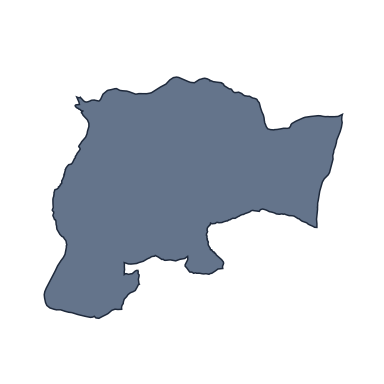 the district of Nyang'hwale, Mwanza, United Republic of Tanzania, rotated 264°
{"feature_id": "72390352B96686223722654", "entity_name": "Nyang'hwale", "entity_type": "district", "adm_level": 2, "iso_a3": "TZA", "parent_name": "United Republic of Tanzania", "parent_adm1": "Mwanza", "projection": "albers", "projection_center": [32.613, -3.178], "detail": "fine", "context": "isolated", "style": "filled", "palette": "slate", "viewbox_px": 384, "rotation_deg": 264, "n_neighbors": 0, "source": "geoboundaries", "source_scale": "gbopen_adm2", "svg_char_len": 5908}
<svg xmlns="http://www.w3.org/2000/svg" viewBox="0 0 384 384"><g transform="rotate(264 192 192)"><path d="M112.7,214.6L113.7,214.5L115.3,214.7L116.4,215.4L117.8,216.0L119.1,215.9L121.6,214.4L126.8,209.6L127.9,209.2L128.4,208.6L128.7,208.6L129.1,208.3L129.1,207.8L130.0,207.7L130.6,206.4L131.0,206.3L131.8,205.7L132.2,205.7L132.5,205.5L132.6,204.4L133.5,204.2L134.2,204.3L134.7,203.9L137.4,202.7L138.5,202.6L139.8,202.7L140.3,203.0L141.0,202.9L141.7,202.5L142.4,202.4L142.9,202.0L143.7,202.4L144.4,202.1L145.6,202.1L146.3,202.3L147.1,202.2L147.5,201.8L149.3,202.2L149.9,202.8L151.2,203.4L152.5,202.9L153.5,203.3L154.2,203.3L155.5,204.2L156.0,204.9L156.7,205.5L156.9,206.1L157.5,206.4L157.5,206.6L157.9,206.9L159.1,207.2L158.3,208.5L158.3,211.8L159.2,213.4L159.0,214.3L159.1,214.5L158.9,215.0L158.6,215.4L158.5,218.6L159.1,220.5L159.6,223.5L159.5,224.2L159.9,225.0L160.3,225.3L160.4,226.9L161.1,228.3L161.6,229.7L161.3,232.1L162.8,235.4L163.1,236.5L163.7,237.5L164.3,239.4L164.3,240.9L165.0,242.5L165.6,245.3L166.2,247.4L167.2,249.0L167.4,250.7L167.0,251.4L166.4,254.1L165.7,256.9L167.3,258.2L167.7,260.5L166.8,262.8L165.9,264.6L164.4,266.8L163.7,269.1L162.6,271.8L161.4,273.6L160.7,276.6L160.9,279.3L160.3,280.3L160.5,281.5L159.7,283.0L158.3,286.2L158.2,287.5L157.9,289.3L157.4,290.9L156.2,292.5L154.5,294.6L154.0,295.9L152.8,296.9L151.5,298.4L149.4,302.8L147.8,304.3L146.7,306.1L145.3,308.6L144.1,310.2L143.7,312.5L147.3,312.9L152.0,313.0L161.4,315.0L164.0,315.3L164.0,315.2L165.2,315.5L167.9,315.8L170.5,316.7L179.4,319.1L188.3,322.7L191.3,324.9L194.8,329.2L197.0,330.8L210.0,335.7L211.6,335.7L213.9,335.9L216.4,337.0L218.5,337.4L222.2,339.3L226.2,340.8L228.4,341.3L236.5,345.6L240.9,347.4L245.3,348.6L248.3,348.4L251.7,349.0L253.5,349.7L251.9,345.3L252.0,341.7L252.5,336.8L252.5,336.4L252.6,336.1L252.8,335.3L253.0,332.4L253.6,329.9L254.3,327.9L254.7,325.5L254.7,324.3L254.7,317.7L254.5,312.3L254.1,310.5L251.6,302.8L249.7,298.6L248.7,297.5L247.2,296.9L246.5,296.3L246.1,295.8L245.6,295.5L245.3,293.9L245.8,289.7L245.5,286.5L245.3,283.3L245.4,280.4L245.2,280.0L245.8,276.7L246.8,274.1L248.2,273.2L249.5,272.6L251.6,272.1L253.2,271.5L254.6,271.5L255.4,271.4L258.2,271.4L261.1,271.0L264.3,269.9L268.8,268.9L270.4,268.7L273.7,268.2L275.8,266.8L277.2,266.3L278.0,265.3L278.7,263.7L278.8,263.1L279.4,261.7L280.7,260.0L281.3,259.0L281.4,257.3L281.7,256.7L281.8,256.0L282.3,254.3L283.5,252.8L284.7,251.8L286.4,248.8L286.3,246.8L286.4,246.1L286.3,245.7L286.5,244.6L287.3,243.5L289.1,242.4L289.9,242.1L290.4,241.4L290.7,239.8L294.4,235.1L295.1,234.8L295.8,234.7L296.1,234.5L296.9,233.2L297.1,233.3L297.7,232.4L298.6,228.3L299.5,224.7L300.6,222.7L300.7,221.5L301.4,221.5L303.0,218.9L303.8,216.6L303.7,214.5L303.3,212.9L303.1,211.1L300.4,205.8L301.2,201.9L302.3,199.7L307.3,190.8L307.9,188.6L307.7,185.4L305.8,181.7L302.0,177.3L299.7,171.6L295.0,162.1L294.7,160.3L294.5,157.2L295.4,149.4L295.2,147.4L295.2,146.2L298.2,140.1L299.2,137.6L299.9,133.7L300.6,130.9L302.7,127.8L302.8,126.2L302.2,122.0L302.0,119.2L301.5,117.8L301.5,118.0L298.6,113.7L294.0,111.0L292.5,109.6L292.2,108.8L293.3,105.5L293.4,105.0L293.6,104.8L293.8,102.2L293.6,101.1L293.3,100.5L292.6,97.9L292.5,96.4L292.8,95.3L293.1,94.7L294.2,93.5L295.7,92.5L296.1,92.1L297.6,91.0L297.3,90.9L297.7,89.8L297.6,89.0L298.5,87.3L293.1,89.0L290.8,89.2L290.8,85.7L290.3,84.9L289.8,84.8L288.3,85.7L287.4,86.7L287.2,87.3L287.0,87.6L286.5,87.9L286.1,88.4L286.0,89.0L285.7,89.4L285.0,89.7L284.9,90.2L284.4,90.6L284.0,91.0L283.9,91.3L284.1,91.7L284.1,91.9L283.9,91.9L283.6,91.7L283.5,91.4L283.2,91.0L283.4,91.0L283.3,90.6L282.9,90.4L282.4,90.3L282.0,90.6L281.5,91.0L279.7,91.7L274.7,95.5L271.1,96.6L267.9,96.3L263.4,94.4L260.9,93.7L257.7,92.0L253.5,87.5L252.8,87.0L252.7,87.0L250.0,84.6L249.0,84.1L248.1,84.6L247.3,85.1L246.4,85.3L245.0,84.3L242.4,81.8L240.7,80.8L239.6,79.7L238.8,79.7L238.1,79.4L237.6,78.7L233.9,76.4L232.4,75.0L232.4,74.1L232.2,73.8L232.1,72.3L230.8,70.8L228.9,69.1L227.5,68.5L227.5,68.3L227.0,68.3L224.4,67.3L222.7,66.5L222.7,66.9L220.8,66.1L217.9,64.5L216.7,63.6L215.2,63.5L214.0,63.2L213.5,62.0L213.0,62.0L212.6,61.8L211.9,61.0L211.3,60.8L211.2,60.2L211.1,59.8L210.7,59.8L210.0,59.6L209.5,58.6L208.9,57.9L208.7,56.0L208.0,55.6L206.4,55.0L205.9,54.7L204.3,54.6L203.3,54.2L202.6,54.2L200.4,53.2L199.2,52.9L194.6,52.5L191.1,52.4L188.6,51.1L187.4,51.7L186.8,52.3L185.6,52.3L183.3,51.2L182.3,51.4L181.0,51.9L179.9,52.1L178.9,52.4L178.8,53.2L177.7,53.6L173.7,53.5L172.4,53.8L170.8,53.7L169.1,53.8L163.7,56.2L161.5,57.9L160.4,59.6L159.3,59.9L157.0,61.4L155.6,61.7L154.3,61.7L152.5,62.0L151.7,61.4L151.1,61.3L150.5,61.4L143.3,59.2L140.3,57.2L137.3,54.4L132.7,50.7L127.6,47.6L111.6,37.0L108.3,35.2L105.3,34.3L102.0,34.3L97.3,34.8L94.3,35.8L91.6,38.5L89.8,42.5L89.0,44.8L88.6,49.0L86.7,53.1L85.3,56.8L84.6,59.9L82.1,65.6L79.5,72.9L77.9,78.0L78.0,80.3L78.6,81.8L76.8,83.3L76.1,86.2L77.6,89.9L79.3,94.5L80.0,96.0L82.7,99.9L83.5,103.2L82.9,106.0L82.7,109.8L84.8,109.9L86.5,110.5L88.2,111.9L90.0,112.3L92.5,113.4L94.7,116.0L96.7,117.7L98.3,120.3L99.0,123.0L100.0,125.3L103.7,127.9L105.1,128.7L105.8,130.0L106.5,129.6L109.1,129.6L110.7,129.5L114.1,130.6L115.2,130.7L116.1,130.0L116.9,129.8L118.2,130.2L119.7,130.0L119.8,128.6L119.2,127.1L117.0,124.0L117.0,122.3L116.7,120.4L117.6,118.3L117.7,117.2L117.0,116.0L120.1,116.3L121.7,116.8L124.8,116.9L126.9,117.2L128.9,117.2L127.1,121.2L126.7,123.8L126.7,129.5L127.4,131.9L128.2,136.3L130.3,140.9L131.0,143.2L132.0,145.1L132.1,148.1L132.7,148.8L130.9,151.6L128.1,154.9L128.1,155.7L127.9,156.6L127.0,157.3L126.8,158.7L126.8,163.2L125.2,168.6L126.3,172.9L126.6,177.8L128.4,180.9L127.0,180.9L125.2,180.7L120.4,177.6L119.0,177.4L116.9,178.9L113.4,180.9L112.5,181.6L112.5,182.9L111.9,184.2L111.0,185.0L111.2,187.3L110.7,188.0L110.5,190.4L110.3,191.5L109.7,193.3L109.3,195.0L109.3,197.4L108.4,200.3L109.0,201.6L109.1,203.2L111.0,206.9L112.7,209.8L112.7,214.6Z" fill="#64748b" stroke="#1e293b" stroke-width="1.5"/></g></svg>